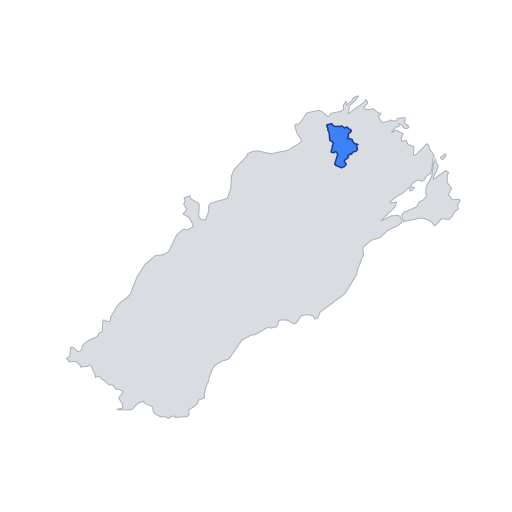 location of Denizli within Turkey, rotated 144°
{"feature_id": "TUR-2274", "entity_name": "Denizli", "entity_type": "Province", "adm_level": 1, "iso_a3": "TUR", "parent_name": "Turkey", "parent_adm1": "", "projection": "orthographic", "projection_center": [29.199, 37.681], "detail": "fine", "context": "in_parent", "style": "filled", "palette": "blue", "viewbox_px": 512, "rotation_deg": 144, "n_neighbors": 0, "source": "natural_earth", "source_scale": "10m", "svg_char_len": 5177}
<svg xmlns="http://www.w3.org/2000/svg" viewBox="0 0 512 512"><g transform="rotate(144 256 256)"><path d="M380.8,171.7L387.7,173.2L389.5,171.2L395.5,170.6L401.0,171.1L403.4,166.8L407.2,166.7L408.2,168.6L410.1,169.0L416.4,173.2L415.9,174.0L417.5,175.6L422.5,176.1L423.3,178.6L427.7,181.9L430.5,187.5L430.1,191.7L428.4,194.6L432.8,203.1L432.1,204.4L438.4,206.3L445.7,204.7L448.2,205.5L456.5,211.4L458.7,213.8L453.3,211.3L451.0,214.6L450.7,221.7L443.1,224.3L445.1,228.5L447.5,230.3L447.5,234.6L448.4,236.2L451.0,238.6L451.3,242.5L452.8,246.4L453.6,251.2L457.2,252.1L456.0,254.6L453.9,265.0L454.3,265.8L456.8,265.6L463.1,269.2L462.4,270.9L464.0,277.0L469.5,280.3L469.1,282.5L469.6,284.6L465.9,284.2L459.7,291.0L458.9,291.0L457.6,289.2L456.5,283.6L454.6,282.5L452.3,282.5L448.8,285.7L445.2,286.1L441.6,286.2L431.8,284.1L428.5,285.9L424.8,285.1L418.7,293.0L416.6,293.8L415.1,290.6L412.4,289.0L409.6,292.0L398.0,297.0L392.4,298.3L385.5,298.0L379.9,299.1L365.3,308.6L350.9,314.4L337.6,315.5L329.8,311.4L324.0,310.9L307.6,319.8L299.2,320.3L296.1,317.5L289.6,316.7L288.4,319.7L287.6,326.8L290.4,333.0L286.7,333.6L284.5,335.2L284.2,340.1L281.0,342.2L280.1,345.2L279.5,345.3L274.0,343.3L275.3,340.9L271.3,332.2L272.8,329.4L279.2,321.7L278.7,317.5L275.5,314.7L267.1,320.7L266.4,322.8L264.5,324.5L261.3,325.3L245.2,319.4L236.3,326.0L228.8,335.2L223.0,338.8L205.5,342.0L202.5,343.8L196.4,342.2L192.7,340.0L184.2,330.2L168.7,323.0L152.5,321.5L151.1,323.4L150.7,331.2L148.2,338.5L146.9,339.3L143.2,337.5L130.8,341.9L120.0,337.2L118.2,335.1L115.8,326.6L114.2,326.0L112.5,327.2L110.7,327.1L103.1,323.4L99.0,323.2L96.5,326.7L92.4,328.2L92.3,327.1L94.0,324.8L87.5,325.2L84.1,326.9L79.5,325.7L79.8,324.8L83.6,323.7L92.2,322.5L97.7,316.9L77.3,316.9L75.3,318.1L75.1,315.2L76.2,313.8L81.6,312.9L81.3,310.4L78.1,307.8L74.6,306.3L73.1,300.1L71.3,298.5L71.5,297.7L74.9,296.7L75.7,292.2L75.2,289.5L68.8,286.9L67.3,287.1L65.8,284.7L63.0,282.9L60.7,284.2L54.3,280.4L55.6,277.8L57.2,277.9L57.5,275.8L56.4,272.3L56.6,270.5L58.0,270.1L59.6,270.5L61.1,272.6L61.2,276.6L62.9,279.0L64.2,276.6L67.1,278.0L72.5,276.9L73.5,275.9L69.6,275.9L68.2,274.9L65.2,268.4L68.5,266.5L70.9,263.4L66.5,261.2L67.5,256.8L63.9,251.7L69.1,245.4L68.8,244.4L67.3,244.0L51.5,246.3L51.3,243.4L52.6,240.9L52.7,234.8L53.5,231.4L56.4,230.5L60.1,225.7L66.0,220.1L71.9,220.4L74.3,218.8L77.9,218.8L78.9,221.1L82.0,222.7L87.5,222.6L90.1,221.1L87.6,218.2L90.7,217.4L93.2,218.1L91.8,221.2L92.6,221.5L99.7,220.6L107.1,221.4L115.3,221.1L116.4,220.1L110.6,217.0L114.3,214.2L116.3,213.7L133.5,211.1L133.5,210.5L123.1,209.1L117.6,205.5L116.2,203.5L117.2,198.6L118.4,197.4L122.1,197.2L135.0,199.3L144.1,197.9L154.2,201.0L163.7,200.1L165.7,198.7L167.9,194.0L181.1,185.9L185.7,181.8L206.1,173.2L237.2,172.9L242.4,169.6L245.6,170.4L244.9,172.5L245.2,174.3L249.2,178.7L255.0,181.0L262.5,178.2L265.3,178.9L268.6,186.0L273.8,189.9L276.0,190.1L278.7,187.3L281.5,186.8L286.3,188.9L288.1,191.3L303.2,193.0L306.5,194.9L316.8,196.2L338.4,188.7L346.9,191.3L353.9,191.6L356.7,190.7L365.1,185.5L367.5,182.8L372.8,180.1L379.1,174.6L380.8,171.7ZM94.3,175.9L93.7,179.2L95.0,182.8L98.1,187.8L101.2,190.3L116.4,197.1L114.2,203.4L110.5,204.4L97.4,201.3L92.0,203.8L88.2,203.1L82.8,204.1L81.3,207.9L77.4,212.2L66.8,217.3L56.8,227.7L54.0,229.0L55.4,225.4L55.4,222.2L59.7,218.6L65.7,216.0L67.3,213.7L52.4,213.7L51.1,210.3L52.7,209.7L57.6,204.0L58.2,201.7L57.9,195.9L63.8,192.8L64.3,191.5L63.6,185.8L58.1,182.3L58.3,180.7L62.3,179.3L64.6,175.4L70.4,174.8L73.1,173.0L78.1,172.1L84.1,177.1L91.5,175.4L94.3,175.9ZM49.0,227.1L44.0,227.8L42.4,226.9L44.1,225.2L48.0,224.2L49.2,225.9L49.0,227.1Z" fill="#d9dde1" stroke="#a8b0b8" stroke-width="1"/><path d="M108.2,286.3L109.2,286.3L110.2,285.9L110.5,285.2L110.4,284.4L111.4,282.5L113.5,282.0L114.8,282.3L116.0,283.1L117.3,283.1L118.4,282.3L119.2,282.4L119.9,283.2L120.7,283.3L121.4,283.0L121.7,282.8L122.0,282.7L122.6,283.1L122.8,283.0L123.1,282.5L123.1,282.1L124.3,281.2L125.9,281.4L127.6,281.4L128.4,281.1L129.1,280.5L128.9,278.8L129.1,277.1L131.9,276.4L135.0,277.1L137.4,281.2L138.0,281.9L138.4,283.8L137.8,284.5L131.7,289.1L131.0,289.5L130.3,289.7L130.0,290.6L130.0,293.5L130.5,293.7L131.5,293.7L131.9,293.8L132.5,294.1L132.8,294.2L133.1,294.4L134.1,296.1L132.5,297.5L131.6,298.1L131.2,298.2L130.6,298.6L130.3,299.2L130.0,299.9L127.2,301.4L127.1,302.2L127.4,302.9L127.3,304.1L127.6,305.2L127.8,305.2L128.1,305.3L128.2,305.5L128.3,305.9L128.2,306.2L127.2,308.2L125.0,311.5L124.4,312.9L124.0,314.4L123.8,315.9L122.8,316.8L122.6,318.7L122.4,319.4L121.9,320.0L121.1,320.4L118.8,319.2L117.6,319.1L117.0,318.5L116.9,318.1L116.9,317.1L116.7,316.0L116.4,314.9L115.0,313.6L113.3,312.8L113.1,312.5L112.6,311.7L112.4,311.5L110.7,311.2L109.9,310.1L109.6,308.8L109.0,307.6L107.9,307.2L107.1,307.1L106.5,306.9L106.3,306.1L106.3,305.3L106.4,304.7L106.1,304.2L106.0,303.8L105.8,303.4L105.6,303.2L105.4,303.1L105.1,302.0L105.5,301.0L107.1,300.5L108.9,300.8L110.1,299.6L111.1,298.1L112.0,298.1L112.7,297.6L112.8,296.8L112.6,296.2L111.1,295.9L110.7,295.1L110.3,294.4L109.8,293.7L109.9,293.0L110.4,292.6L110.6,292.0L110.2,290.3L110.3,289.3L110.0,288.5L108.8,287.6L108.5,287.0L108.2,286.3Z" fill="#3b82f6" stroke="#1e3a8a" stroke-width="1.5"/></g></svg>